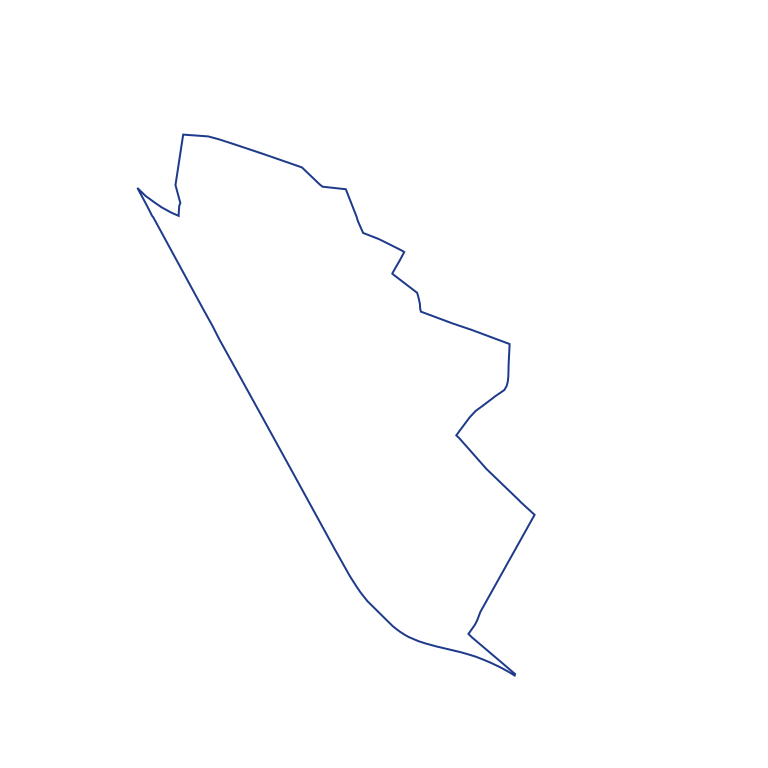 Durbe, Durbes, Latvia (Equal Earth projection), rotated 239°
{"feature_id": "27541924B82522110143581", "entity_name": "Durbe", "entity_type": "district", "adm_level": 2, "iso_a3": "LVA", "parent_name": "Latvia", "parent_adm1": "Durbes", "projection": "equal_earth", "projection_center": [21.377, 56.585], "detail": "fine", "context": "isolated", "style": "outline", "palette": "blue", "viewbox_px": 768, "rotation_deg": 239, "n_neighbors": 0, "source": "geoboundaries", "source_scale": "gbopen_adm2", "svg_char_len": 1524}
<svg xmlns="http://www.w3.org/2000/svg" viewBox="0 0 768 768"><g transform="rotate(239 384 384)"><path d="M67.8,347.0L89.9,339.6L122.1,328.7L126.3,327.7L130.8,338.0L133.7,342.5L138.9,349.1L139.1,349.4L194.3,445.7L212.2,440.4L214.9,439.8L258.6,428.0L296.7,421.0L299.3,420.5L302.7,419.5L304.7,424.1L311.3,440.3L313.7,448.7L314.9,461.3L316.2,472.9L316.9,484.1L319.2,488.2L322.5,491.5L326.2,494.3L337.5,501.5L351.2,510.7L352.4,511.5L353.6,512.2L385.2,487.0L401.4,473.3L427.0,452.9L430.2,453.9L434.1,456.0L440.3,458.1L442.5,458.7L445.2,459.4L446.3,458.9L473.9,448.0L474.2,447.9L474.7,448.4L477.7,453.7L482.0,461.5L486.7,469.3L489.2,468.0L510.8,454.3L524.2,443.9L537.0,445.5L541.8,446.7L570.1,451.5L570.6,451.6L584.8,432.9L588.8,431.5L611.9,425.2L642.0,400.1L660.3,384.5L661.5,383.5L678.8,368.5L686.8,360.8L701.2,340.3L661.9,307.7L643.9,302.6L643.1,301.4L641.9,300.0L634.9,295.2L633.9,294.6L640.5,289.9L650.1,284.3L659.2,280.2L668.2,276.4L679.1,273.6L661.8,272.8L652.4,272.2L647.6,271.8L646.0,272.1L567.6,268.7L539.6,267.5L536.6,267.4L522.0,266.9L508.4,265.9L505.9,265.8L463.8,264.3L418.0,262.6L347.8,259.9L340.5,259.6L268.3,256.7L264.6,256.6L240.7,255.9L236.8,255.8L224.7,256.1L217.7,256.5L212.0,257.2L206.2,258.0L185.1,263.4L182.3,264.1L172.2,266.7L168.3,268.1L163.2,270.2L158.0,272.8L154.8,274.6L152.8,276.0L145.8,281.1L140.5,285.7L132.0,293.8L114.4,311.8L109.5,316.4L102.8,322.4L96.3,327.4L89.1,332.6L81.2,337.8L76.5,340.6L71.2,343.6L67.6,345.4L66.8,345.8L67.8,347.0Z" fill="none" stroke="#1e3a8a" stroke-width="2"/></g></svg>